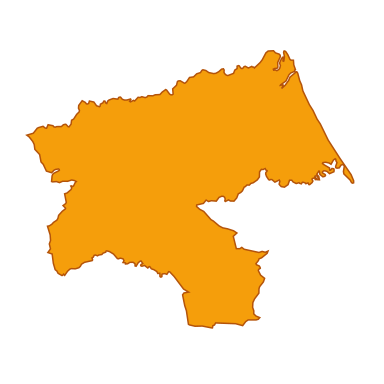 Mocubela, Zambezia, Mozambique, rotated 267°
{"feature_id": "85939544B38416709222197", "entity_name": "Mocubela", "entity_type": "district", "adm_level": 2, "iso_a3": "MOZ", "parent_name": "Mozambique", "parent_adm1": "Zambezia", "projection": "mercator", "projection_center": [37.746, -17.006], "detail": "fine", "context": "isolated", "style": "filled", "palette": "amber", "viewbox_px": 384, "rotation_deg": 267, "n_neighbors": 0, "source": "geoboundaries", "source_scale": "gbopen_adm2", "svg_char_len": 6026}
<svg xmlns="http://www.w3.org/2000/svg" viewBox="0 0 384 384"><g transform="rotate(267 192 192)"><path d="M211.5,343.4L211.0,344.9L209.7,345.4L204.5,344.3L202.1,344.6L195.6,350.6L193.0,351.8L192.4,352.9L192.7,353.9L194.8,354.0L201.0,351.8L218.0,341.4L236.7,330.7L253.2,323.7L258.3,320.7L267.1,317.1L273.0,313.8L287.2,308.0L293.3,307.0L297.5,305.4L305.1,303.8L306.5,303.0L306.6,302.5L301.5,295.8L298.3,294.3L293.7,290.6L290.7,286.9L293.4,288.6L294.2,288.5L293.9,285.8L294.4,286.1L297.9,291.6L304.0,295.0L305.7,296.9L307.2,301.0L308.4,300.9L308.8,301.7L313.6,300.3L318.3,300.2L318.5,297.7L319.2,296.8L324.0,294.9L327.1,293.1L328.0,292.0L327.9,291.2L326.6,290.8L322.3,291.4L318.5,290.7L317.8,290.4L318.1,289.7L321.4,290.3L321.9,290.1L321.8,289.4L319.7,287.9L316.2,286.2L313.6,286.9L311.2,286.2L309.8,285.1L308.7,283.1L309.4,282.0L309.4,279.9L310.4,279.6L311.0,280.9L311.1,283.4L312.1,284.3L316.8,284.3L322.5,287.3L324.0,287.2L325.1,286.3L326.6,282.6L328.8,280.8L328.8,275.4L327.1,273.1L320.4,269.1L317.7,266.8L312.6,260.8L313.5,260.2L313.6,258.9L314.3,258.3L312.9,254.8L314.8,251.7L314.4,250.5L312.8,249.1L312.7,248.1L313.3,247.1L315.5,245.8L315.8,244.9L315.3,243.6L312.9,243.5L311.5,241.1L308.3,239.7L306.4,233.9L306.9,232.4L308.5,230.8L309.9,230.2L312.1,230.5L313.4,229.8L313.1,227.9L310.8,225.1L309.3,222.1L309.1,219.8L310.4,215.0L312.6,212.2L313.5,209.3L312.9,208.2L310.8,206.7L309.8,202.9L306.9,199.6L306.5,195.5L302.6,192.6L301.3,191.1L301.0,190.2L303.7,186.0L303.6,184.0L303.0,183.2L299.4,182.1L296.0,178.1L290.8,178.3L290.1,177.3L290.1,176.1L290.9,174.8L295.1,172.0L295.7,171.1L293.3,167.4L291.0,165.1L291.0,160.3L290.1,157.9L290.5,153.2L289.2,151.9L288.7,150.2L289.8,146.9L289.1,145.0L289.4,143.1L285.9,139.5L286.6,138.4L285.2,135.3L285.8,134.4L287.6,135.8L288.1,135.5L287.3,132.0L287.3,129.6L288.2,127.3L290.5,125.6L290.5,124.5L290.2,123.7L288.6,122.8L289.5,118.1L288.2,113.9L287.2,112.6L284.8,111.5L285.2,110.7L287.4,109.7L287.4,108.7L285.7,107.7L284.5,105.1L282.5,104.7L282.0,104.1L283.1,101.2L287.0,98.7L288.2,94.3L285.8,93.4L285.3,92.1L285.6,91.1L287.0,90.2L288.9,87.1L284.4,83.4L281.6,83.0L279.3,83.9L277.9,83.5L275.6,80.9L271.0,77.6L270.0,75.5L266.1,74.8L263.5,72.6L263.7,71.7L266.1,69.7L266.3,69.0L265.9,67.1L264.2,65.0L264.4,60.3L263.9,58.8L264.3,57.5L265.5,56.6L266.7,51.8L263.3,50.1L263.5,48.8L265.4,46.7L264.4,42.3L263.8,40.8L259.0,36.6L257.4,30.0L255.6,32.2L250.8,35.6L247.7,36.9L242.8,37.3L237.4,41.8L229.9,42.8L227.4,44.9L220.5,47.7L218.6,52.8L221.1,55.5L221.7,57.0L222.0,60.0L221.4,60.6L220.7,60.7L220.0,59.7L217.9,54.9L216.9,53.8L215.3,53.1L209.8,52.3L209.4,53.3L209.5,57.2L208.3,60.2L209.5,63.4L209.2,68.4L210.3,72.5L209.6,75.2L208.5,77.0L207.6,75.9L204.2,74.0L203.8,73.2L204.4,72.1L204.3,71.3L202.4,72.1L200.8,71.4L197.5,67.1L196.9,64.7L188.2,65.9L187.0,65.2L185.2,62.5L182.4,64.9L181.8,64.7L179.5,61.4L175.7,57.6L172.6,56.7L170.9,55.5L168.9,52.1L167.1,50.3L165.7,47.8L165.4,45.9L156.6,48.1L151.0,48.2L147.6,46.8L142.6,47.7L139.1,44.9L137.4,49.1L128.0,49.8L121.6,51.3L120.2,52.9L117.8,54.0L115.4,57.7L115.5,58.4L116.7,59.4L115.4,60.5L119.4,63.6L121.3,65.9L121.8,67.3L121.4,71.5L122.3,75.1L123.6,76.6L125.7,77.9L127.4,81.0L128.7,88.7L129.4,89.2L131.4,88.7L132.2,90.1L133.9,91.0L134.1,92.4L133.2,94.3L133.9,95.5L134.3,98.7L135.6,100.0L136.4,102.7L137.4,103.0L137.7,103.7L136.8,106.5L134.1,110.4L129.4,114.0L129.1,115.0L129.7,116.9L128.9,119.6L127.0,120.5L125.2,119.4L124.7,121.8L123.6,121.8L123.7,124.0L125.0,126.3L124.9,129.5L123.4,131.3L121.1,131.3L120.8,132.3L124.3,134.7L125.7,136.8L125.7,137.6L123.2,139.1L122.3,137.4L121.6,136.9L120.9,137.1L120.5,138.1L121.1,140.8L118.4,143.9L119.7,145.2L119.7,145.9L117.4,147.4L116.4,149.9L114.4,152.7L112.4,153.6L112.5,155.6L109.2,155.6L108.6,156.5L109.1,157.5L111.4,157.7L111.7,158.2L111.9,160.6L111.1,162.6L113.7,164.5L113.4,165.6L108.6,169.7L95.5,178.5L92.2,183.4L91.6,178.7L89.8,177.2L78.9,178.8L73.7,180.2L60.1,181.5L59.4,182.5L57.8,188.0L57.6,195.2L55.3,204.3L55.2,205.3L57.5,205.9L58.0,207.5L60.0,208.7L58.2,228.7L55.9,235.6L59.8,238.9L61.3,241.4L60.9,249.3L61.4,251.5L63.0,253.1L64.8,249.4L67.1,247.3L70.1,247.5L73.6,246.5L78.4,247.0L82.0,248.9L87.5,253.5L91.8,253.8L93.9,254.6L98.5,258.6L102.0,260.0L105.3,256.2L110.0,254.1L111.2,254.5L112.2,256.2L113.1,256.1L114.6,255.3L116.0,252.6L117.1,252.1L120.0,254.7L121.8,255.5L122.6,258.0L126.8,263.8L129.0,264.8L128.0,262.0L129.0,258.9L128.1,255.7L132.1,241.1L134.1,238.8L132.9,236.8L133.1,233.3L145.6,230.9L148.7,234.7L151.1,231.5L153.4,225.5L154.6,220.8L156.7,217.3L161.9,211.8L163.4,209.5L172.0,202.7L174.4,198.7L177.3,195.8L178.8,196.0L180.0,202.8L183.2,205.7L181.6,208.0L182.3,210.8L181.6,215.8L185.2,218.7L186.2,221.5L186.0,223.1L185.1,224.2L183.4,224.8L181.4,224.3L180.8,224.8L182.2,228.1L181.0,229.8L180.7,233.5L183.8,236.4L187.7,238.1L189.0,240.7L190.5,242.4L194.2,244.4L194.6,245.6L196.1,247.2L195.9,249.6L197.5,251.3L198.0,253.6L200.7,257.9L203.5,260.1L208.6,260.5L211.0,262.5L210.7,264.1L211.6,266.3L209.9,267.1L209.5,268.1L208.8,268.0L207.7,266.8L206.2,266.5L203.7,267.2L200.3,269.2L199.9,270.2L200.4,271.3L200.2,272.5L197.5,275.3L199.4,279.8L198.1,280.3L195.3,279.4L194.2,280.1L192.7,281.4L192.0,284.6L194.3,288.3L198.6,290.0L198.7,290.4L198.5,292.3L196.8,293.4L195.0,296.5L195.7,299.4L195.0,300.0L194.4,301.6L195.9,302.7L195.9,303.6L195.2,305.4L194.3,306.1L195.0,308.3L193.3,309.1L193.2,309.9L195.1,312.4L196.6,313.3L198.3,312.5L199.1,312.8L199.7,315.1L197.9,315.8L197.9,316.8L199.1,316.9L200.7,315.4L201.6,315.9L201.4,317.7L199.5,318.7L197.7,318.2L197.5,319.9L200.9,319.4L203.2,317.5L206.3,319.8L206.1,320.3L202.8,320.7L200.3,323.5L200.7,325.5L201.7,326.2L202.5,325.9L204.3,323.2L205.3,323.3L206.2,324.5L206.2,325.9L205.4,328.0L203.1,330.3L204.8,334.8L206.6,335.1L207.8,334.8L208.2,333.0L206.5,331.5L206.6,330.6L208.8,330.6L212.7,324.7L213.7,323.8L214.5,324.3L214.7,327.1L213.8,330.3L212.4,332.3L216.5,334.9L217.7,336.7L217.2,337.3L215.5,337.4L213.8,338.3L210.1,336.8L208.8,336.8L208.2,338.0L208.4,340.3L211.0,342.2L211.5,343.4Z" fill="#f59e0b" stroke="#b45309" stroke-width="1.5"/></g></svg>